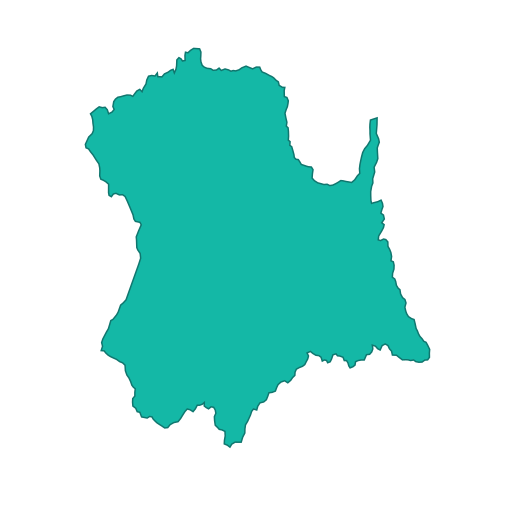 Paraíso do Tocantins, Tocantins, Brazil, rotated 191°
{"feature_id": "56859067B72116218699042", "entity_name": "Paraíso do Tocantins", "entity_type": "district", "adm_level": 2, "iso_a3": "BRA", "parent_name": "Brazil", "parent_adm1": "Tocantins", "projection": "equal_earth", "projection_center": [-48.851, -10.214], "detail": "fine", "context": "isolated", "style": "filled", "palette": "teal", "viewbox_px": 512, "rotation_deg": 191, "n_neighbors": 0, "source": "geoboundaries", "source_scale": "gbopen_adm2", "svg_char_len": 5407}
<svg xmlns="http://www.w3.org/2000/svg" viewBox="0 0 512 512"><g transform="rotate(191 256 256)"><path d="M229.3,105.3L225.9,105.0L225.6,108.9L224.1,112.6L220.6,114.2L218.4,116.9L217.7,120.6L217.2,124.2L214.2,125.2L211.2,127.1L210.6,130.9L209.8,134.0L207.5,137.0L204.1,139.0L200.6,137.6L198.2,140.6L196.9,143.6L195.1,146.2L195.5,149.4L194.8,152.6L192.3,154.7L189.3,156.6L187.4,158.7L186.6,161.6L185.6,164.8L185.4,167.9L187.4,170.6L184.4,172.7L181.6,171.2L178.3,170.0L175.2,170.2L172.8,169.0L170.9,165.5L169.0,167.0L166.8,166.9L165.3,164.9L163.0,166.3L162.2,169.2L161.6,173.7L158.8,175.2L157.0,173.6L154.6,173.8L151.2,173.2L149.4,170.2L147.2,170.6L145.4,168.7L143.9,165.8L142.3,164.1L139.7,165.8L138.0,167.8L138.1,171.2L135.9,172.8L133.2,173.9L129.9,174.6L128.7,180.2L125.7,181.2L124.1,183.9L123.6,187.1L124.8,190.7L121.6,190.3L118.9,188.2L116.2,187.4L115.1,192.1L112.4,194.3L109.4,193.3L107.3,190.4L104.8,188.5L103.2,184.8L99.1,185.4L96.4,183.9L92.5,182.0L89.0,182.8L86.8,183.1L84.3,182.9L81.4,184.0L79.0,182.8L75.9,182.8L72.7,183.6L70.5,186.0L67.7,186.8L66.4,189.6L67.3,193.8L67.7,197.4L70.5,201.2L72.6,203.7L75.1,204.3L76.9,206.2L79.8,208.4L81.7,210.7L83.3,213.3L85.0,215.4L86.8,219.7L88.7,223.8L91.4,224.2L94.8,225.6L97.0,228.0L98.4,230.3L100.1,234.1L99.8,238.5L101.5,241.7L104.2,243.1L106.8,246.3L108.3,250.4L110.3,251.5L112.5,253.9L114.0,257.6L115.4,259.9L118.1,261.2L118.6,265.1L118.1,269.5L118.7,273.3L120.1,276.5L122.6,277.1L122.8,281.4L124.3,285.2L126.1,288.0L128.3,290.6L129.3,295.0L131.7,296.9L134.0,297.0L136.7,294.9L139.1,295.2L139.4,299.1L137.5,304.2L136.3,308.2L136.2,311.2L138.9,312.6L137.1,316.8L138.7,320.5L141.6,321.9L141.3,325.5L140.8,328.8L141.9,331.8L143.9,334.7L146.7,332.6L150.5,330.8L152.6,329.7L153.8,332.4L154.9,337.1L155.7,341.1L155.8,346.6L155.2,350.0L156.2,354.1L155.5,361.1L157.0,365.7L155.5,371.0L155.0,374.8L156.6,381.0L157.6,385.2L157.2,388.3L156.7,391.2L158.0,394.4L161.3,399.2L162.3,408.0L163.5,414.7L169.6,411.3L169.3,407.3L168.8,404.1L168.0,400.8L167.4,397.7L165.7,391.5L167.7,385.9L169.8,382.1L171.0,378.0L171.3,373.6L171.4,369.8L171.4,365.6L171.1,361.4L169.9,356.9L171.7,354.2L173.7,349.5L176.2,346.4L178.5,346.4L181.8,346.3L185.0,346.4L187.2,346.2L189.2,344.2L191.4,342.3L194.2,340.2L197.1,339.2L199.8,340.0L203.0,339.1L206.4,339.4L209.4,339.6L213.1,341.1L215.8,343.2L216.3,347.5L216.5,351.6L218.6,353.9L221.6,353.6L223.9,353.8L226.6,354.2L229.0,354.5L231.2,357.0L232.9,358.7L235.3,358.6L237.2,360.0L238.1,362.7L239.9,366.4L241.8,370.1L243.9,371.1L244.4,374.8L246.4,375.9L246.9,379.9L248.0,384.7L249.0,388.0L251.0,389.2L251.2,393.2L253.1,397.4L254.8,401.7L254.3,405.7L253.7,408.5L253.7,411.7L253.9,414.5L255.9,417.5L258.6,417.9L259.9,423.7L259.9,427.0L262.2,426.6L265.8,427.9L267.3,431.2L269.8,432.3L272.7,434.3L274.9,435.2L277.1,435.7L281.4,437.1L285.1,437.8L286.8,439.6L288.4,442.1L291.8,441.5L295.0,439.1L298.8,439.8L302.0,440.5L305.8,438.0L308.2,435.5L311.3,433.8L313.8,433.7L315.9,432.6L318.3,433.4L322.1,433.7L325.5,431.5L328.1,433.4L330.3,431.0L333.5,430.1L336.2,431.2L339.9,430.9L342.8,431.5L345.2,432.9L347.1,436.1L348.0,438.9L348.4,442.0L349.0,445.7L350.9,448.6L356.8,447.9L359.5,445.4L361.6,442.5L364.1,442.6L364.0,439.3L362.9,434.4L365.4,433.4L367.2,435.2L369.5,436.0L371.1,433.4L370.2,427.3L370.2,424.0L371.1,420.1L373.0,423.4L375.2,422.0L377.3,419.7L380.6,417.3L382.5,413.9L386.6,413.3L387.8,416.8L389.5,413.4L392.8,413.3L395.8,412.0L396.8,407.9L396.8,403.9L398.6,399.1L399.2,395.5L401.9,397.4L404.5,395.2L405.9,392.4L407.4,389.2L409.9,389.9L413.4,389.4L416.6,387.9L419.3,386.5L421.9,385.5L423.9,383.2L425.1,380.4L425.0,375.4L423.2,372.8L424.8,369.8L427.8,367.5L429.9,371.2L432.5,373.2L435.1,372.3L438.4,372.5L440.9,369.8L442.5,367.8L445.6,364.0L443.8,361.8L442.3,358.6L441.3,355.0L440.1,351.6L439.5,348.0L440.2,344.8L442.9,340.9L444.8,333.0L443.5,329.8L440.8,329.2L438.4,326.8L435.2,324.1L430.9,319.5L427.8,316.5L426.2,312.6L425.5,309.9L424.7,304.8L423.0,301.8L420.2,301.2L417.7,300.3L414.4,298.4L412.8,290.0L411.8,287.5L409.3,286.6L407.8,289.7L405.4,290.8L401.8,289.9L398.7,290.7L395.9,289.5L392.8,285.3L389.9,281.0L386.9,276.5L384.6,273.0L382.9,269.0L381.0,267.0L376.3,266.9L374.6,264.7L376.1,257.9L376.6,255.1L377.2,251.9L376.4,249.2L374.6,241.5L373.2,239.4L370.2,236.4L368.8,231.8L369.5,225.8L375.2,188.2L377.4,184.6L379.5,182.0L380.6,174.6L381.6,171.6L384.3,166.5L386.2,164.9L386.6,160.5L387.0,156.5L388.3,152.8L390.5,145.4L391.0,141.6L389.4,138.1L389.9,133.6L387.0,133.9L384.9,132.1L382.3,130.5L379.7,129.5L376.5,128.7L373.1,127.9L369.7,126.3L366.6,125.7L363.7,123.8L362.3,118.4L360.0,114.5L357.5,112.1L355.1,108.8L353.2,105.5L351.2,103.7L349.2,102.7L348.9,99.1L348.2,95.4L349.8,92.5L349.3,89.0L348.2,85.2L345.0,83.6L342.9,80.5L340.2,80.4L337.6,76.2L334.6,76.2L331.9,76.2L329.8,78.2L327.4,78.2L325.8,76.3L323.7,74.8L321.5,73.4L319.1,72.4L316.3,71.3L312.8,69.8L309.9,70.7L308.1,74.1L304.9,76.8L300.9,78.5L299.0,82.1L297.5,86.1L296.0,89.9L294.3,92.7L291.4,92.5L288.1,91.2L286.4,94.3L285.2,98.3L282.8,98.8L280.5,100.2L278.8,102.3L278.2,98.9L275.9,97.7L273.4,96.9L271.3,99.4L268.7,99.4L266.7,97.2L265.4,94.0L266.2,90.3L265.2,86.4L263.7,82.1L260.8,80.2L259.0,78.8L256.3,78.8L253.0,77.9L251.9,73.5L251.8,69.0L251.3,65.5L247.9,64.8L245.1,63.4L243.9,66.7L241.0,69.3L238.0,69.8L235.0,70.4L234.5,75.6L233.2,80.1L233.9,84.2L234.1,88.2L232.7,92.1L232.0,95.0L231.1,98.8L230.6,102.7L229.3,105.3Z" fill="#14b8a6" stroke="#0f766e" stroke-width="1.5"/></g></svg>